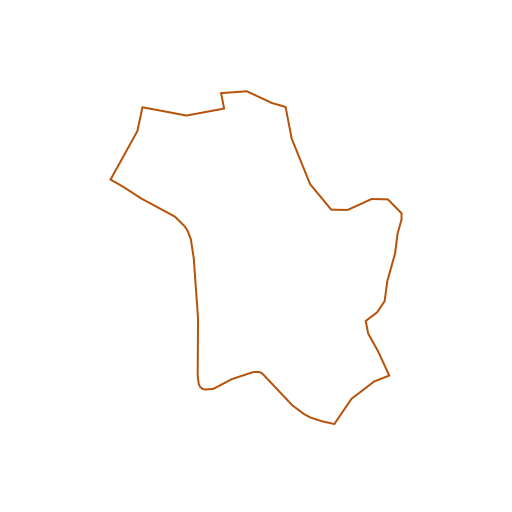 Taedong, P'yŏngan-namdo, North Korea, rotated 124°
{"feature_id": "82179303B2846476233094", "entity_name": "Taedong", "entity_type": "district", "adm_level": 2, "iso_a3": "PRK", "parent_name": "North Korea", "parent_adm1": "P'yŏngan-namdo", "projection": "robinson", "projection_center": [125.569, 39.107], "detail": "fine", "context": "isolated", "style": "outline", "palette": "amber", "viewbox_px": 512, "rotation_deg": 124, "n_neighbors": 0, "source": "geoboundaries", "source_scale": "gbopen_adm2", "svg_char_len": 786}
<svg xmlns="http://www.w3.org/2000/svg" viewBox="0 0 512 512"><g transform="rotate(124 256 256)"><path d="M274.0,419.3L272.9,405.2L272.5,383.2L268.7,345.1L271.3,331.5L273.6,326.4L278.6,319.3L292.9,306.2L340.2,269.1L387.6,237.6L394.1,232.0L395.7,229.2L396.1,225.9L394.9,223.1L389.9,217.0L371.4,207.1L353.3,193.0L350.3,188.3L349.9,185.1L359.5,142.3L360.2,127.8L359.5,120.7L356.0,108.5L351.5,97.1L321.0,97.0L294.0,87.9L280.6,78.7L266.8,101.4L257.6,119.6L248.5,128.7L235.0,124.1L221.5,124.1L203.4,133.1L176.2,142.1L158.1,151.2L144.5,155.7L139.2,159.2L135.3,178.4L144.2,192.1L166.6,205.8L175.5,219.5L166.2,251.3L138.7,292.1L115.9,314.8L120.3,328.5L124.6,355.8L140.5,376.0L151.6,364.9L178.5,392.3L196.2,433.3L218.8,424.2L274.0,419.3Z" fill="none" stroke="#b45309" stroke-width="2"/></g></svg>